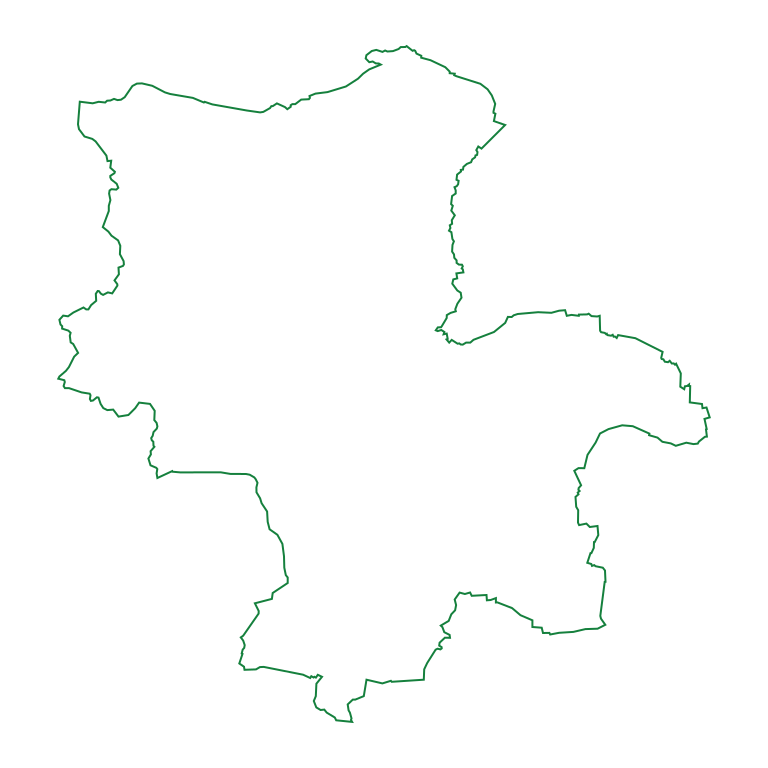 outline of Mueang Phichit, Phichit, Thailand
{"feature_id": "78962969B35136792725938", "entity_name": "Mueang Phichit", "entity_type": "district", "adm_level": 2, "iso_a3": "THA", "parent_name": "Thailand", "parent_adm1": "Phichit", "projection": "mercator", "projection_center": [100.377, 16.403], "detail": "fine", "context": "isolated", "style": "outline", "palette": "green", "viewbox_px": 768, "rotation_deg": 0, "n_neighbors": 0, "source": "geoboundaries", "source_scale": "gbopen_adm2", "svg_char_len": 6026}
<svg xmlns="http://www.w3.org/2000/svg" viewBox="0 0 768 768"><path d="M79.8,101.7L78.0,124.3L79.0,129.2L84.5,136.5L92.3,138.9L95.6,141.4L106.4,155.6L107.5,161.1L111.2,160.7L110.3,167.7L114.9,171.8L114.4,173.2L110.3,175.9L110.3,177.4L111.3,179.5L116.7,183.8L118.3,187.8L116.3,189.6L111.4,189.2L109.6,190.5L109.1,193.6L110.4,200.1L108.8,205.8L108.8,211.0L102.8,227.1L108.4,231.6L111.5,235.7L118.1,240.4L120.3,245.8L119.9,254.2L123.6,261.1L123.9,264.4L123.0,265.9L118.5,267.6L118.9,274.3L114.5,280.4L117.3,284.2L117.4,285.6L112.2,293.4L107.9,292.4L103.1,294.9L100.9,293.7L98.9,291.1L97.7,291.0L95.8,293.8L96.2,300.8L91.1,305.1L88.4,309.4L86.2,309.4L83.5,307.5L73.4,312.5L68.0,316.3L63.2,315.6L59.4,319.8L60.5,324.5L62.2,326.2L62.1,328.6L68.3,330.6L70.6,332.8L69.8,335.8L70.7,342.4L73.2,344.0L78.1,352.9L74.2,356.6L68.9,367.1L65.9,370.9L59.4,376.5L58.3,378.7L64.3,380.2L64.8,382.0L63.6,386.0L64.9,388.1L68.9,388.1L81.6,392.4L89.7,393.7L90.5,395.2L89.9,399.0L90.9,400.9L93.0,400.5L96.9,397.3L98.5,397.6L100.6,403.9L103.3,408.1L107.3,410.1L113.2,409.6L118.5,416.6L128.4,415.0L135.2,408.2L139.1,402.6L150.0,403.9L154.7,410.8L154.3,420.1L156.6,422.9L157.4,426.4L156.8,428.6L153.5,432.1L152.7,435.8L151.2,438.1L151.8,440.3L153.3,441.7L153.5,445.8L154.4,446.8L150.6,451.2L150.9,454.4L148.4,458.5L150.5,465.3L156.3,467.8L157.3,469.1L156.6,473.4L157.4,478.0L172.2,471.1L172.4,471.7L180.3,472.4L220.6,472.3L230.3,473.9L246.0,474.0L249.7,474.7L254.3,477.4L255.7,479.2L257.5,482.8L256.4,487.4L256.5,492.3L260.1,498.3L261.6,503.2L267.1,511.5L267.7,521.9L269.6,529.3L277.4,534.8L282.4,543.9L284.0,556.3L284.3,567.7L285.8,575.1L287.7,577.5L287.7,583.0L272.7,593.0L271.9,598.9L254.9,603.3L258.7,611.0L258.6,613.6L243.2,635.7L240.8,637.4L243.2,640.6L244.7,645.1L244.2,647.9L242.7,649.6L241.7,653.5L242.5,653.9L239.3,663.5L244.0,666.7L244.5,669.8L256.0,669.4L259.9,667.1L263.7,666.9L303.1,674.7L310.2,678.0L311.3,676.2L313.6,677.5L314.4,676.8L315.9,677.6L317.8,674.8L322.0,676.8L316.4,683.7L315.8,696.2L313.8,701.0L316.3,707.4L320.6,710.0L324.3,709.6L326.7,712.6L334.8,717.5L336.2,720.3L352.1,721.9L351.0,719.9L351.5,718.4L349.9,712.6L348.6,710.4L347.7,704.4L352.8,699.6L355.3,699.6L363.8,696.1L366.5,679.7L382.4,683.4L390.9,680.8L391.7,681.8L423.8,679.7L424.2,669.3L427.2,663.0L435.6,649.7L437.6,648.7L440.4,649.4L441.7,648.4L441.6,647.1L439.2,645.6L439.6,642.7L444.9,637.7L450.0,637.8L449.6,634.9L444.3,632.2L442.4,627.1L440.8,625.6L448.7,620.9L451.3,614.3L455.1,610.3L456.1,605.1L454.7,599.5L459.6,592.6L464.9,594.0L470.1,592.5L471.7,595.8L486.5,595.0L486.9,600.3L490.7,600.0L495.9,598.1L495.9,602.5L497.4,602.4L512.1,608.1L520.5,615.2L532.4,620.3L532.4,627.0L541.7,627.7L543.0,633.0L549.4,632.9L550.2,634.5L559.1,632.8L573.4,631.9L585.4,629.1L597.6,628.7L605.3,624.8L601.0,618.7L600.3,615.9L604.7,581.9L605.5,581.8L605.0,570.5L602.8,567.7L595.5,566.2L594.2,565.1L592.0,565.9L591.3,564.0L587.3,562.8L590.5,553.1L591.4,553.1L593.8,547.9L594.0,542.1L594.7,542.1L598.3,535.1L597.5,526.0L589.8,527.0L586.4,523.6L579.1,525.1L578.0,522.6L578.2,510.2L576.2,506.8L575.5,496.9L578.5,494.3L577.7,492.6L579.6,491.0L578.4,489.8L578.7,488.0L581.1,485.3L574.3,470.8L578.5,468.1L584.3,468.2L587.5,454.9L595.6,442.6L600.0,433.5L608.5,429.1L622.2,425.3L632.8,426.2L649.4,433.6L649.1,435.2L657.5,437.6L662.4,441.8L670.8,443.4L675.8,445.8L686.3,442.7L693.5,444.1L697.8,443.6L698.9,441.6L704.9,436.8L706.9,436.6L706.0,429.4L706.7,429.1L704.5,418.9L709.7,417.4L706.5,407.5L702.5,408.2L702.0,404.0L689.8,402.4L690.2,386.1L688.9,386.0L689.0,384.5L687.1,386.0L684.9,386.3L684.2,389.2L680.3,386.7L680.8,373.4L676.1,363.7L675.0,364.7L673.7,363.4L671.8,363.5L669.7,360.8L668.0,362.2L664.8,361.7L663.4,359.3L661.7,359.0L661.2,357.9L662.6,351.9L635.4,338.2L618.1,335.1L616.7,338.0L614.9,336.5L613.6,336.7L612.7,334.8L611.1,335.7L607.4,335.1L606.8,333.7L606.0,334.1L604.8,332.9L601.1,332.2L600.1,330.7L599.7,315.8L597.2,316.5L591.5,316.1L588.7,313.7L587.1,314.4L578.9,314.6L578.8,315.8L571.5,314.9L566.8,315.8L565.1,310.2L559.1,310.7L551.4,312.8L538.1,312.2L517.7,314.0L513.7,315.3L511.7,317.0L507.9,316.9L505.2,322.9L494.0,332.0L473.5,339.8L470.3,342.6L466.1,342.6L462.8,344.6L460.7,344.5L459.3,343.4L457.6,343.7L451.7,339.9L449.2,342.6L446.5,339.4L447.7,338.9L446.7,333.6L443.6,334.3L444.4,332.0L441.3,330.0L437.7,331.1L435.8,330.3L437.8,327.4L441.1,327.2L441.8,326.2L446.7,318.0L446.8,315.1L450.6,312.9L455.8,311.3L455.3,309.2L457.4,303.7L461.5,297.7L460.7,292.7L457.3,290.5L452.3,283.7L453.3,279.4L457.2,278.4L456.4,273.4L463.4,272.4L462.8,269.3L461.7,268.5L462.8,266.3L462.0,264.7L458.9,264.6L456.6,262.9L456.6,260.4L454.3,257.8L454.0,254.4L452.1,251.6L452.5,244.9L453.9,241.3L452.4,239.0L451.4,232.2L449.0,230.7L450.4,228.0L449.8,225.3L452.1,223.8L451.8,220.2L454.8,215.3L451.3,210.6L452.8,205.8L451.1,204.1L452.1,196.0L455.7,193.5L455.7,190.4L454.5,187.2L456.7,186.2L458.1,184.3L458.6,180.8L456.5,179.8L457.1,174.6L461.0,171.5L460.8,169.9L463.0,169.6L463.4,166.9L466.9,163.9L471.1,162.2L472.2,159.4L475.1,157.3L475.5,155.4L477.1,154.9L477.5,152.0L476.3,150.1L478.3,146.5L481.5,148.6L505.1,125.0L493.9,121.1L495.4,113.7L493.5,112.8L493.5,111.4L495.2,103.9L491.8,95.4L487.6,89.3L480.4,83.8L456.4,76.2L454.2,75.2L454.7,73.7L449.7,73.2L449.7,71.6L445.3,67.2L430.5,60.2L421.2,57.7L421.3,55.8L416.5,53.6L415.2,50.8L414.1,50.2L412.6,50.8L406.6,46.1L405.3,47.0L400.7,47.1L398.6,49.0L393.0,51.1L387.4,51.5L385.1,50.5L382.5,51.9L376.3,49.9L371.8,51.0L366.4,55.2L365.7,58.5L369.3,62.2L372.7,61.5L375.8,63.4L378.8,63.5L380.8,64.6L369.2,69.4L363.1,73.7L358.0,78.7L345.9,86.5L327.5,92.1L315.5,93.6L309.5,96.0L309.9,97.9L308.9,99.2L301.2,99.6L295.3,104.1L292.4,104.1L290.7,105.2L290.7,106.8L287.3,109.2L285.0,107.1L276.9,103.4L272.8,106.1L271.4,106.1L270.0,108.1L263.3,111.9L260.1,112.4L246.8,110.5L212.3,104.4L204.6,101.8L203.9,102.5L192.9,97.9L170.2,94.0L165.0,92.4L152.3,85.8L142.0,83.4L136.9,83.6L132.4,86.0L124.7,97.2L121.0,99.7L117.5,100.1L114.0,98.9L110.4,100.5L107.1,100.7L105.2,102.5L98.7,101.8L92.7,103.3L79.8,101.7Z" fill="none" stroke="#15803d" stroke-width="2"/></svg>